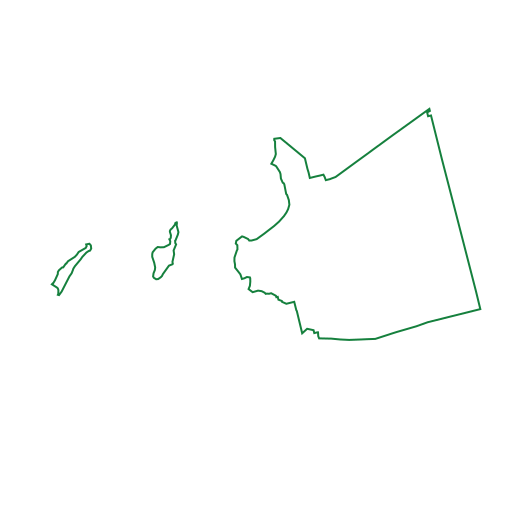 Los Angeles, California, United States of America (Mercator projection), rotated 76°
{"feature_id": "52423323B87301828944684", "entity_name": "Los Angeles", "entity_type": "district", "adm_level": 2, "iso_a3": "USA", "parent_name": "United States of America", "parent_adm1": "California", "projection": "mercator", "projection_center": [-118.385, 33.812], "detail": "fine", "context": "isolated", "style": "outline", "palette": "green", "viewbox_px": 512, "rotation_deg": 76, "n_neighbors": 0, "source": "geoboundaries", "source_scale": "gbopen_adm2", "svg_char_len": 2818}
<svg xmlns="http://www.w3.org/2000/svg" viewBox="0 0 512 512"><g transform="rotate(76 256 256)"><path d="M361.8,51.2L343.7,51.1L250.8,51.8L206.9,52.2L162.0,52.2L162.0,55.2L158.1,55.2L157.3,52.2L155.2,52.2L157.4,57.8L171.6,93.4L181.4,117.5L184.1,124.0L189.1,136.4L192.9,145.7L196.0,153.3L198.6,159.7L199.1,164.3L199.3,165.5L199.3,169.9L196.7,170.2L196.3,170.2L193.4,170.9L193.4,175.0L193.3,178.6L193.3,184.9L189.0,184.8L187.4,184.8L184.0,185.0L173.0,184.9L161.6,193.3L147.4,203.8L146.7,209.9L147.9,210.3L149.5,209.8L154.9,211.1L161.9,212.1L164.3,213.5L167.5,216.2L170.2,218.8L173.3,215.1L173.9,214.7L180.4,212.5L182.5,212.4L186.9,213.1L191.4,212.3L192.1,211.5L193.3,211.2L203.1,211.7L204.2,211.1L209.9,210.6L210.3,210.7L214.3,211.2L218.3,213.5L221.1,215.9L224.3,219.5L224.5,219.9L228.2,225.3L231.3,231.2L234.7,239.0L236.3,242.6L239.8,251.3L239.9,256.5L239.4,258.8L237.6,259.6L234.5,263.3L233.6,264.8L236.5,271.4L239.0,272.6L241.0,271.5L245.1,272.4L246.1,273.3L249.7,275.6L251.4,276.7L252.4,277.3L255.8,278.2L259.1,278.4L262.2,279.1L266.6,277.1L270.0,275.6L274.9,275.2L274.8,272.6L274.2,269.9L275.3,267.1L276.2,267.0L279.4,267.7L281.1,268.3L283.4,269.1L286.3,271.2L290.3,268.0L290.1,262.4L291.5,259.0L293.7,256.5L295.1,255.7L295.1,254.7L295.8,252.5L295.8,250.3L299.4,246.3L300.9,246.2L300.9,244.8L303.8,244.8L305.9,241.8L306.8,241.8L309.7,238.1L309.7,230.0L311.4,230.0L318.3,230.0L319.3,229.7L342.2,229.9L339.0,224.0L341.9,218.1L344.9,218.1L344.9,215.1L345.1,214.3L348.8,215.0L351.2,214.7L354.4,202.9L355.5,199.8L357.4,194.4L360.0,185.8L360.1,185.3L362.4,174.3L363.6,168.3L365.3,160.3L364.6,150.1L364.3,145.6L364.2,144.6L363.8,138.2L363.0,117.5L361.8,105.4L361.8,81.4L361.8,51.2ZM204.2,324.7L204.1,325.0L204.6,326.4L205.8,326.9L208.8,330.7L209.7,332.5L210.9,333.5L211.7,333.7L215.3,333.5L217.7,334.3L218.9,335.4L218.9,336.0L220.9,335.6L223.5,336.5L224.1,338.0L225.2,343.2L224.5,346.5L223.5,349.2L224.6,351.7L227.4,355.4L229.0,356.2L231.7,356.9L237.9,356.4L242.7,356.6L245.1,357.5L248.0,359.6L251.0,360.8L252.4,360.4L254.4,358.5L254.7,356.5L253.5,353.4L252.6,352.0L251.1,350.8L244.3,342.8L243.8,339.0L243.4,338.6L241.5,338.5L234.5,335.0L230.7,334.6L225.4,330.7L224.0,331.2L221.7,330.8L221.6,330.5L216.4,326.7L214.1,325.5L207.1,325.6L205.0,324.8L204.2,324.7ZM203.8,414.7L203.7,418.0L205.4,417.9L207.0,419.3L209.2,427.1L211.3,429.4L213.0,432.0L215.6,439.7L217.5,441.9L217.4,442.4L220.4,445.8L220.2,446.8L220.4,447.3L222.2,450.7L223.6,452.1L225.6,452.7L230.9,456.9L233.7,459.7L233.5,460.0L234.1,460.9L238.2,457.0L239.3,456.2L240.6,456.0L241.8,456.1L245.1,457.1L245.7,457.6L246.3,456.6L243.5,453.2L230.6,441.9L228.2,439.1L225.1,436.9L224.1,436.3L222.1,434.2L216.7,426.8L214.9,424.8L211.6,419.7L210.7,417.2L210.7,415.9L210.0,415.1L208.9,414.1L205.8,413.7L203.8,414.7Z" fill="none" stroke="#15803d" stroke-width="2"/></g></svg>